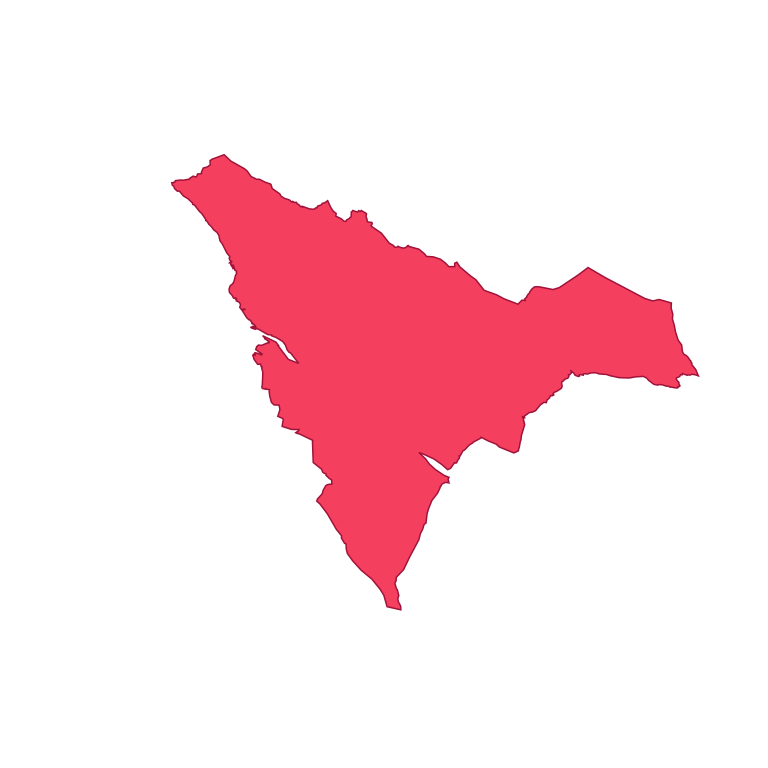 Drammen nor, Buskerud, Norway (Natural Earth projection), rotated 206°
{"feature_id": "86288312B37235196254679", "entity_name": "Drammen nor", "entity_type": "district", "adm_level": 2, "iso_a3": "NOR", "parent_name": "Norway", "parent_adm1": "Buskerud", "projection": "natural_earth1", "projection_center": [10.161, 59.728], "detail": "fine", "context": "isolated", "style": "filled", "palette": "rose", "viewbox_px": 768, "rotation_deg": 206, "n_neighbors": 0, "source": "geoboundaries", "source_scale": "gbopen_adm2", "svg_char_len": 6159}
<svg xmlns="http://www.w3.org/2000/svg" viewBox="0 0 768 768"><g transform="rotate(206 384 384)"><path d="M657.9,467.8L654.2,466.7L653.7,466.8L654.2,466.9L653.7,467.2L652.0,467.5L646.9,465.1L641.4,464.6L635.2,462.6L634.6,461.6L632.6,461.7L625.3,458.1L622.7,457.4L616.5,453.9L616.0,452.8L614.1,452.6L611.7,450.9L608.0,449.7L604.7,447.9L600.4,447.0L597.6,445.2L594.3,440.9L590.7,439.0L582.7,432.9L578.5,431.0L578.1,430.2L578.4,429.4L577.2,427.9L574.6,427.2L575.8,425.9L576.0,425.1L574.6,425.5L574.0,424.0L572.4,424.3L573.3,423.0L572.5,423.4L569.7,421.0L572.4,423.6L571.4,424.6L568.0,421.0L568.3,420.7L567.1,421.1L565.9,420.6L565.9,419.9L564.9,418.8L565.1,416.7L563.7,409.8L564.0,408.8L563.7,408.1L565.3,405.1L564.9,401.4L563.0,398.5L559.4,397.1L557.0,395.3L556.0,395.4L555.4,396.4L553.9,396.0L554.2,394.9L552.6,394.4L552.8,394.0L550.4,394.0L548.7,393.3L547.6,392.1L547.3,389.7L545.2,388.6L544.4,388.7L542.2,390.3L541.7,390.0L544.2,388.2L536.2,383.3L533.5,382.5L532.6,382.8L528.8,380.9L529.3,380.5L529.0,380.3L527.1,380.6L525.1,379.9L525.3,379.5L524.6,379.0L527.0,378.6L527.1,378.2L524.2,378.7L522.9,378.2L528.3,377.1L528.5,376.7L527.8,376.3L523.8,376.7L523.3,377.2L523.7,377.4L523.5,377.7L521.2,378.2L510.1,377.5L506.5,378.7L506.2,378.1L501.0,378.5L493.7,377.8L489.5,375.7L486.1,372.3L483.4,370.9L481.6,371.0L470.2,365.4L470.6,365.0L480.7,364.2L496.1,372.0L495.7,372.3L499.4,374.3L514.3,374.2L510.9,373.0L511.0,372.4L506.1,371.8L506.3,371.2L505.6,371.2L505.5,370.6L507.3,369.3L510.8,365.2L514.0,363.9L514.8,361.8L514.4,358.7L506.6,357.5L507.0,356.3L510.4,356.3L513.7,355.6L513.8,354.9L511.7,353.1L513.4,353.9L514.1,353.7L514.5,353.0L514.0,352.4L514.3,352.1L511.6,349.2L506.2,346.3L503.8,347.7L501.7,345.6L501.1,345.9L500.5,344.1L498.0,341.4L492.8,329.4L492.6,327.9L491.4,326.7L488.4,327.3L488.4,328.0L487.0,327.8L484.5,328.8L484.0,327.0L481.3,322.9L477.1,318.1L473.7,317.0L469.0,319.0L466.3,315.3L465.3,308.4L460.0,308.6L459.0,308.0L457.0,301.2L447.0,302.7L440.4,305.8L440.4,304.4L442.0,301.5L439.7,301.6L439.7,302.0L423.3,302.1L423.0,300.8L413.2,282.4L402.6,280.0L400.6,278.0L398.9,277.6L396.7,277.8L396.1,276.5L391.8,275.1L389.0,274.8L387.0,271.0L389.1,270.0L391.0,268.4L391.8,267.0L392.1,261.7L391.4,258.3L393.4,251.5L393.1,249.2L389.0,248.1L378.0,242.5L363.0,232.4L355.6,229.0L354.8,226.9L349.6,223.5L348.0,223.6L345.6,219.2L342.6,215.6L334.8,211.4L322.9,206.6L309.3,203.3L297.7,197.9L291.6,194.1L283.6,185.2L269.9,188.4L271.7,191.7L275.5,194.5L277.0,196.2L278.0,199.3L277.8,200.1L281.9,205.0L283.1,205.5L286.9,209.7L286.9,212.6L288.2,215.6L285.0,225.8L285.1,240.2L284.4,259.4L285.7,265.4L285.6,270.5L286.4,275.4L285.3,277.4L288.5,286.6L289.3,291.8L289.9,300.2L288.0,309.5L288.1,315.2L288.5,316.5L288.0,317.3L288.1,319.3L285.7,322.5L282.3,323.6L283.1,324.1L283.1,324.9L284.5,326.1L284.7,328.6L290.0,328.2L300.5,329.7L308.0,331.9L314.0,335.0L322.6,337.7L317.4,338.3L306.1,338.5L296.9,337.0L289.2,334.9L287.2,337.4L286.1,344.2L284.9,344.3L284.2,345.0L284.2,348.5L283.7,350.3L284.8,352.2L284.1,352.3L283.7,358.7L282.7,359.9L280.6,366.5L278.4,370.0L278.3,370.8L273.1,378.0L273.3,378.7L265.6,378.5L256.8,379.1L252.5,377.9L237.0,379.0L234.0,382.7L234.9,387.4L236.2,391.6L236.4,393.8L237.9,397.9L239.7,409.1L242.0,411.9L242.5,412.0L243.4,414.6L244.5,414.4L245.0,415.3L243.1,415.6L243.9,416.3L241.0,421.9L238.2,423.9L236.1,426.4L234.3,433.8L232.1,437.8L230.0,438.3L230.4,441.1L229.1,444.1L229.4,446.2L227.5,447.3L226.6,448.6L227.9,449.0L227.2,451.4L225.7,452.9L222.7,457.8L222.9,460.1L224.6,462.4L225.1,464.1L224.3,465.1L223.2,468.1L221.5,469.6L221.1,470.7L221.2,471.9L222.2,473.2L221.1,473.8L220.4,476.3L221.6,477.7L218.4,477.1L216.0,475.6L212.5,476.0L211.8,476.8L212.6,477.7L211.9,478.4L208.8,479.3L209.3,480.2L207.9,481.4L205.7,482.0L202.5,484.9L198.4,487.0L195.2,487.3L188.2,490.1L184.7,490.5L175.4,492.8L166.2,496.9L161.5,500.4L154.3,504.5L150.3,504.5L148.0,503.3L141.1,502.0L137.3,503.1L136.6,504.1L132.9,505.4L129.3,505.8L127.4,506.8L125.3,506.5L124.9,507.1L120.4,508.2L118.4,509.2L118.2,510.2L118.6,510.5L117.3,511.3L117.2,512.1L119.5,513.9L119.6,514.7L122.6,515.9L123.8,517.0L123.5,518.2L121.5,520.3L121.6,522.3L120.0,523.0L120.3,524.2L115.2,524.8L114.8,525.5L112.9,526.1L111.4,527.8L107.6,528.9L105.0,529.1L110.2,533.7L115.6,536.2L116.6,537.8L117.9,538.5L118.4,539.3L120.1,539.8L122.2,541.2L124.8,542.1L127.0,542.1L129.0,543.1L130.2,544.3L133.6,549.6L138.9,552.4L144.8,558.6L148.8,564.0L153.2,568.8L155.0,573.3L159.2,578.1L161.2,582.8L173.7,580.6L178.8,576.5L187.1,575.2L232.1,576.6L251.7,578.1L257.0,567.6L268.7,547.5L273.5,543.0L286.4,539.6L289.8,538.2L291.5,537.0L292.7,534.2L293.4,530.6L293.1,529.5L293.8,527.9L294.1,525.3L293.8,525.0L294.9,521.9L293.7,520.9L296.8,519.8L298.5,514.5L313.3,513.2L322.0,513.5L335.0,512.1L347.2,518.0L353.3,519.0L367.1,522.5L371.9,525.4L373.4,523.5L371.9,520.5L377.2,517.9L381.4,519.5L387.8,520.9L395.4,519.9L401.8,517.3L404.5,518.7L411.7,520.5L421.6,518.6L422.9,519.1L423.5,518.6L423.2,518.2L424.0,516.7L425.7,514.8L429.3,513.9L431.8,513.9L432.5,512.4L434.5,511.7L436.2,512.6L441.0,512.9L452.4,518.4L464.3,520.2L465.0,520.6L464.8,522.9L465.7,523.9L469.4,522.6L470.5,522.8L471.3,524.4L473.9,527.0L473.9,528.1L474.5,529.5L480.5,530.0L480.6,528.9L482.8,528.7L483.0,527.0L488.2,526.2L488.2,525.1L488.8,524.3L486.8,519.9L487.6,518.7L487.7,517.6L489.6,514.9L489.4,513.6L490.2,513.1L491.4,512.8L495.0,513.8L500.9,513.7L501.7,516.3L505.5,517.1L509.3,519.4L515.0,524.1L516.7,520.9L518.7,519.3L518.9,517.4L521.6,514.9L521.6,512.9L522.3,512.7L523.6,510.3L527.8,508.7L535.3,507.9L535.6,507.7L535.1,507.3L536.8,506.9L539.5,508.0L540.8,507.8L542.5,508.9L544.0,507.9L546.0,508.1L546.0,507.5L547.0,507.2L549.8,508.0L555.0,507.2L558.8,507.7L561.0,509.2L570.2,510.7L572.7,513.5L573.7,514.0L579.2,513.3L586.0,513.4L588.0,512.2L594.4,512.2L600.2,515.4L603.6,516.3L619.2,517.2L628.2,520.0L637.1,510.7L638.3,508.4L636.2,504.9L637.9,501.7L641.1,498.9L641.0,494.3L640.3,493.6L640.5,492.8L643.7,491.0L643.3,489.4L643.8,487.5L646.6,487.2L648.7,483.9L648.5,483.1L653.5,479.3L656.4,478.1L660.7,475.3L660.5,473.7L661.7,472.9L661.7,472.4L663.0,471.9L661.4,469.9L659.5,469.5L657.9,467.8Z" fill="#f43f5e" stroke="#9f1239" stroke-width="1.5"/></g></svg>